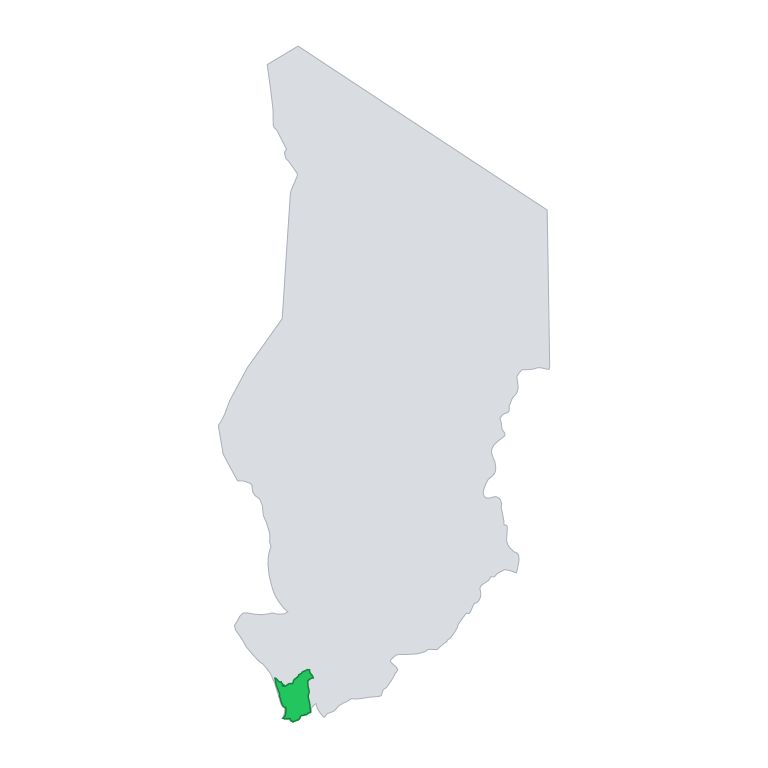 Monts de Lam, Logone Oriental, Chad (highlighted)
{"feature_id": "50815135B14191552615898", "entity_name": "Monts de Lam", "entity_type": "district", "adm_level": 2, "iso_a3": "TCD", "parent_name": "Chad", "parent_adm1": "Logone Oriental", "projection": "equal_earth", "projection_center": [15.78, 8.051], "detail": "fine", "context": "in_parent", "style": "filled", "palette": "green", "viewbox_px": 768, "rotation_deg": 0, "n_neighbors": 0, "source": "geoboundaries", "source_scale": "gbopen_adm2", "svg_char_len": 7108}
<svg xmlns="http://www.w3.org/2000/svg" viewBox="0 0 768 768"><path d="M547.1,210.0L547.5,228.7L547.8,247.4L548.1,266.1L548.4,284.8L548.7,303.6L549.0,322.4L549.3,341.2L549.6,360.0L549.7,366.3L549.4,368.8L549.2,369.1L548.6,369.5L541.1,367.8L537.8,367.7L533.2,369.1L526.5,369.8L522.1,369.6L519.2,372.8L516.8,376.7L518.1,386.1L517.9,389.2L517.0,392.4L515.0,395.2L512.9,397.4L511.7,399.4L510.3,403.6L509.2,405.6L509.3,408.2L509.0,411.1L507.8,412.5L504.6,413.6L502.6,414.8L501.0,416.9L499.9,418.3L500.5,420.3L501.3,423.0L501.8,427.2L502.2,429.6L503.7,431.6L504.7,433.1L505.0,434.8L504.2,436.3L500.4,439.3L498.8,440.5L497.1,442.0L496.4,442.6L493.6,445.5L492.2,448.1L491.6,450.2L491.6,453.2L493.1,457.6L494.7,461.3L495.3,464.1L495.7,467.2L495.6,470.2L494.8,472.7L493.4,475.1L488.2,479.4L485.6,484.2L483.6,490.0L483.1,493.1L483.7,495.2L484.8,497.0L486.4,497.9L488.7,498.2L492.5,497.2L496.0,496.6L499.8,498.7L501.8,503.5L501.1,507.1L502.5,513.5L503.9,521.3L503.8,523.9L504.4,524.9L506.7,525.4L507.3,527.2L506.6,540.9L507.8,544.7L509.4,547.4L511.2,548.9L513.0,550.7L513.9,552.0L516.0,552.3L518.4,554.7L519.0,558.1L518.9,561.3L517.6,568.2L516.5,572.9L515.2,572.6L512.4,571.4L509.0,570.4L504.9,569.6L501.0,571.5L496.7,574.0L495.4,575.8L494.2,576.9L492.3,576.7L490.6,577.0L489.7,578.8L488.2,580.7L482.1,584.7L480.8,586.2L480.0,587.6L480.0,589.2L480.7,592.5L480.7,596.5L479.3,599.8L477.8,602.0L476.0,602.9L474.5,603.3L473.5,604.7L470.3,612.2L468.9,613.5L466.1,613.3L458.1,624.5L457.3,627.8L454.4,632.5L450.7,637.7L447.3,640.2L447.1,641.1L446.2,642.1L444.1,643.3L437.0,649.6L428.4,649.3L424.6,651.8L421.0,652.9L415.6,654.1L414.0,654.0L407.0,654.5L398.9,654.4L395.8,655.3L392.9,657.7L390.8,659.8L390.4,660.5L390.8,661.4L390.7,662.1L396.4,667.2L397.8,669.8L396.4,672.2L395.7,672.6L395.6,672.8L394.7,674.7L391.4,680.5L386.4,687.5L383.8,689.4L382.7,690.7L381.4,695.3L380.5,696.0L377.1,696.6L370.2,697.1L360.7,698.6L354.9,699.0L351.4,698.6L346.4,701.8L344.6,702.6L343.5,702.9L338.6,706.0L334.5,710.7L333.0,711.6L327.2,713.6L324.9,716.9L323.9,717.2L320.1,712.9L317.6,708.9L316.4,705.0L316.2,703.7L315.5,703.9L313.5,705.7L311.7,707.7L310.9,711.5L304.9,714.1L299.8,716.3L297.5,719.1L293.9,720.5L289.3,719.9L285.7,718.7L282.3,718.4L283.9,714.9L284.6,712.3L284.7,709.2L284.5,707.0L282.4,706.0L281.1,704.3L278.1,694.3L275.0,684.1L270.7,674.0L266.0,667.6L262.6,663.7L261.5,663.2L259.7,661.9L258.5,660.8L252.2,654.0L245.8,646.3L244.1,642.8L240.9,637.6L237.2,632.3L235.4,629.8L234.5,625.4L237.0,621.5L239.7,616.4L243.0,613.1L247.2,612.9L254.2,614.2L261.8,614.7L269.3,613.7L271.2,613.0L273.2,613.0L277.2,614.2L284.2,613.9L287.8,611.9L283.9,608.4L279.7,602.9L275.8,596.9L273.4,591.5L271.3,584.5L269.2,575.8L268.0,564.6L268.2,558.3L268.8,553.7L271.0,546.4L269.6,542.0L269.9,538.5L269.7,533.4L269.0,530.8L266.3,522.2L265.7,521.2L263.3,515.3L262.3,505.4L259.6,498.9L255.2,495.7L252.7,491.9L251.9,485.1L250.1,483.3L243.3,480.9L237.6,480.9L233.4,473.2L228.1,463.4L223.2,454.2L220.1,436.0L218.3,425.5L220.4,422.4L224.4,414.9L229.7,400.7L241.4,378.8L247.4,367.6L259.4,350.8L274.0,330.2L282.2,318.7L283.6,297.6L285.0,275.4L286.1,258.6L287.4,238.7L288.5,222.1L289.3,210.1L290.4,193.0L291.4,189.7L297.1,176.3L297.5,174.5L296.5,172.3L288.4,161.0L285.8,158.4L284.4,152.5L286.5,149.2L276.8,130.2L274.4,127.9L273.3,125.6L273.2,122.2L273.0,109.0L270.5,88.5L267.2,64.6L278.5,57.8L287.1,52.7L298.1,46.1L308.3,52.8L323.0,62.6L337.8,72.3L352.6,82.1L367.5,91.9L382.3,101.7L397.2,111.5L412.1,121.3L427.0,131.1L442.0,141.0L456.9,150.8L471.9,160.7L486.9,170.5L501.9,180.4L517.0,190.2L532.1,200.1L547.1,210.0Z" fill="#d9dde1" stroke="#a8b0b8" stroke-width="1"/><path d="M287.6,684.6L287.3,684.8L286.8,685.2L286.4,685.6L286.2,685.7L285.9,685.8L285.7,685.8L284.6,686.3L283.8,686.2L284.1,685.5L283.8,684.9L283.6,685.0L283.1,685.3L282.6,685.5L282.6,685.2L282.5,684.9L282.5,684.3L282.5,683.9L282.0,683.4L281.5,682.8L281.3,682.2L281.2,681.8L280.8,681.9L280.3,682.1L279.2,681.7L277.9,680.6L277.3,679.6L276.4,678.9L276.2,678.7L275.5,678.2L275.0,678.1L274.9,678.1L275.0,678.5L275.1,678.9L275.2,679.8L275.3,680.3L275.5,681.2L275.6,681.7L275.9,683.4L276.1,684.7L276.3,685.2L276.6,685.9L276.7,686.3L276.8,686.5L276.9,686.9L277.1,687.4L277.3,687.9L277.4,688.1L277.9,689.6L278.3,690.6L278.4,690.8L278.9,692.1L279.1,692.6L279.3,693.1L279.5,693.8L279.7,694.1L279.6,694.3L279.5,695.1L279.5,695.6L279.5,695.8L279.4,696.2L279.5,696.4L279.6,696.7L279.7,697.1L280.0,697.6L280.2,697.9L280.3,698.3L280.4,698.5L280.5,698.9L280.9,700.6L281.4,702.4L281.6,702.8L281.7,703.4L281.9,703.8L282.1,704.1L282.5,705.2L282.7,705.3L282.9,705.9L283.0,706.1L283.1,706.4L283.2,706.7L283.4,706.8L283.6,706.9L284.3,707.1L284.6,707.2L285.4,707.5L285.6,707.5L285.8,707.5L286.0,707.9L286.0,708.1L285.9,708.3L285.8,708.6L285.8,708.8L285.9,709.2L285.9,709.5L285.9,709.9L285.9,710.2L285.9,711.0L286.0,711.0L285.9,711.7L285.9,711.9L285.8,712.1L285.7,712.3L285.5,712.6L285.6,712.8L285.7,713.0L285.7,713.3L285.6,713.7L285.5,714.0L285.1,714.6L285.1,714.9L285.1,715.1L285.3,715.3L285.3,715.5L285.2,715.5L285.0,715.8L284.9,715.9L284.8,716.2L284.5,716.4L284.3,716.7L284.2,716.9L284.2,717.0L283.8,717.4L283.7,717.4L283.6,717.5L283.4,718.0L283.1,718.2L283.4,718.3L284.0,718.7L284.1,718.8L284.4,718.9L284.5,718.9L284.8,718.9L286.8,718.8L287.3,718.7L287.6,718.7L287.9,718.7L288.0,718.6L289.3,718.6L290.2,718.6L290.2,718.9L290.2,719.2L290.3,719.4L290.4,719.8L290.6,720.3L290.8,720.4L291.0,720.5L291.1,720.9L291.4,721.2L291.5,721.2L291.9,721.0L292.0,721.0L292.5,721.3L292.7,721.7L292.7,721.8L292.8,721.9L293.0,721.7L293.3,721.7L293.4,721.8L293.5,721.7L293.8,721.5L293.9,721.4L294.3,721.4L294.5,721.4L295.1,721.1L295.9,720.8L296.2,720.6L296.4,720.5L296.6,720.3L296.9,720.2L297.3,720.1L297.8,720.1L298.0,720.1L298.2,719.8L298.5,719.8L298.6,719.6L298.8,719.4L299.0,719.3L299.2,719.1L299.3,718.8L299.4,718.5L299.6,718.4L299.7,718.1L299.9,718.1L300.0,718.1L300.1,717.9L300.1,717.5L300.2,716.8L300.3,716.5L300.4,716.4L300.5,716.3L300.6,716.1L300.9,715.9L301.6,715.6L302.0,715.5L302.6,715.5L303.0,715.5L303.2,715.4L303.3,715.3L303.6,715.3L304.0,715.3L304.2,715.2L304.3,715.0L304.6,714.6L305.0,714.4L305.3,714.4L305.4,714.5L305.6,714.6L305.9,714.7L306.3,714.7L306.3,714.8L306.7,714.6L306.8,714.5L307.0,714.3L307.2,714.1L307.7,713.9L308.0,713.7L308.3,713.0L308.4,712.9L308.7,712.9L308.8,712.9L309.5,712.6L309.7,712.4L309.8,712.4L309.9,712.5L310.1,712.2L310.3,712.3L310.7,712.2L310.7,711.8L310.6,711.5L310.5,710.7L310.4,710.3L310.2,709.2L310.1,707.6L310.0,705.6L309.7,703.9L309.4,701.9L308.9,699.9L308.3,698.0L308.2,695.8L308.7,693.6L309.2,691.7L308.9,689.7L308.5,688.5L308.1,686.8L307.9,685.1L307.9,682.7L307.7,680.8L308.7,680.1L309.4,679.4L310.3,678.9L311.3,678.3L312.3,678.0L313.2,678.0L312.8,676.6L312.1,675.3L311.3,674.4L310.2,673.0L309.6,671.4L309.6,669.8L308.7,669.7L307.5,669.6L305.3,670.7L302.6,671.8L301.8,672.8L301.4,673.4L301.2,673.6L300.7,673.8L300.2,674.0L298.6,675.0L298.6,675.3L298.5,676.1L297.6,676.8L297.3,677.0L296.2,678.1L294.4,679.3L293.5,680.6L293.2,682.3L292.6,683.6L291.8,683.5L291.6,683.5L291.4,683.5L290.2,683.6L289.3,683.7L288.8,683.8L287.6,684.6Z" fill="#22c55e" stroke="#15803d" stroke-width="1.5"/></svg>